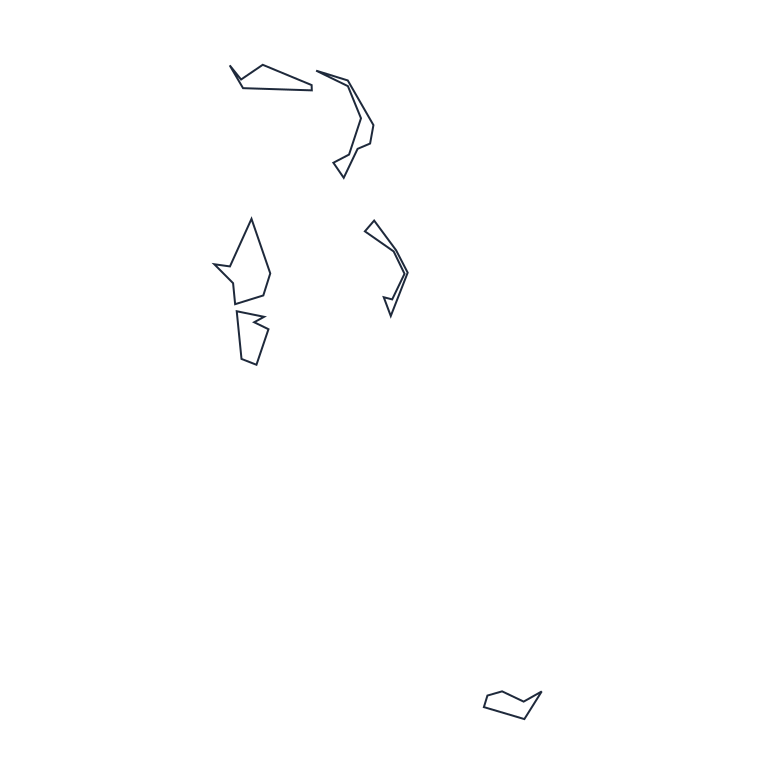 SVG path tracing the border of The Bahamas, rotated 17°
{"feature_id": "BHS", "entity_name": "The Bahamas", "entity_type": "country or territory", "adm_level": 0, "iso_a3": "BHS", "parent_name": "North America", "parent_adm1": "", "projection": "robinson", "projection_center": [-76.093, 23.939], "detail": "coarse", "context": "isolated", "style": "outline", "palette": "slate", "viewbox_px": 768, "rotation_deg": 17, "n_neighbors": 0, "source": "natural_earth", "source_scale": "50m", "svg_char_len": 770}
<svg xmlns="http://www.w3.org/2000/svg" viewBox="0 0 768 768"><g transform="rotate(17 384 384)"><path d="M242.9,311.5L242.7,334.6L218.3,351.2L210.2,331.7L186.7,319.1L202.3,316.6L209.0,264.8L242.9,311.5ZM249.7,354.8L241.8,362.9L257.5,365.4L256.4,402.9L240.4,401.7L221.9,357.5L249.7,354.8ZM624.7,631.9L616.2,663.4L574.0,663.8L574.0,651.7L586.8,643.4L610.4,646.9L624.7,631.9ZM285.2,198.6L270.9,187.2L283.5,174.8L284.3,136.6L262.4,109.7L227.5,104.2L260.6,104.3L298.2,139.5L300.4,158.1L290.0,166.8L285.2,198.6ZM174.7,114.2L227.4,119.3L229.1,124.3L162.7,142.3L143.3,124.4L158.3,134.6L174.7,114.2ZM326.8,230.6L356.5,252.6L374.1,270.6L370.6,317.0L358.4,301.1L367.1,300.7L371.4,272.6L354.5,254.4L321.1,243.6L326.8,230.6Z" fill="none" stroke="#1e293b" stroke-width="2"/></g></svg>